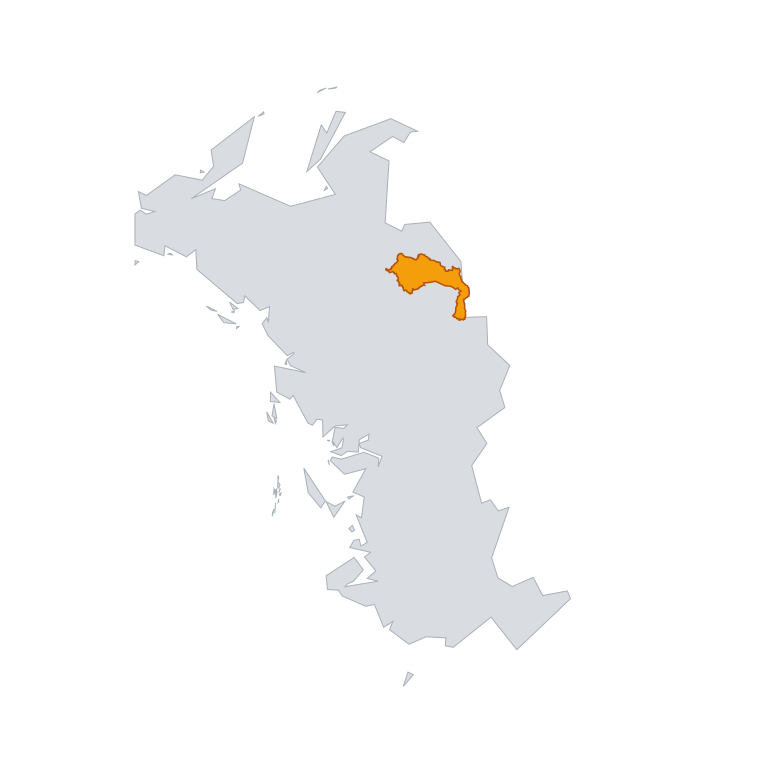 where Buryat sits in Russia, rotated 237°
{"feature_id": "RUS-2606", "entity_name": "Buryat", "entity_type": "Republic", "adm_level": 1, "iso_a3": "RUS", "parent_name": "Russia", "parent_adm1": "", "projection": "albers", "projection_center": [108.984, 53.605], "detail": "fine", "context": "in_parent", "style": "filled", "palette": "amber", "viewbox_px": 768, "rotation_deg": 237, "n_neighbors": 0, "source": "natural_earth", "source_scale": "10m", "svg_char_len": 9796}
<svg xmlns="http://www.w3.org/2000/svg" viewBox="0 0 768 768"><g transform="rotate(237 384 384)"><path d="M602.8,534.2L577.7,549.8L580.9,543.2L575.7,532.2L586.9,526.0L586.4,498.7L568.4,509.7L518.5,472.7L502.5,482.1L506.5,488.3L494.8,510.6L444.9,515.2L395.6,488.4L384.6,506.7L360.4,492.3L331.0,499.6L315.6,477.5L298.5,472.6L296.8,438.2L278.1,437.9L267.8,413.1L230.9,400.9L229.0,410.2L215.3,410.7L212.5,421.7L179.5,379.5L159.3,374.0L144.3,381.3L140.6,403.8L120.1,401.9L110.6,425.1L102.4,423.4L88.8,350.7L130.2,346.8L125.5,298.6L131.0,292.8L137.4,297.6L149.1,281.6L152.1,263.3L174.9,254.8L180.1,262.2L180.1,251.2L204.3,255.9L207.5,247.7L229.0,233.5L235.9,233.5L242.4,224.7L254.7,231.0L254.8,264.5L239.5,265.4L235.2,251.1L236.3,244.4L235.2,241.0L221.8,271.7L230.1,264.0L231.7,275.4L249.5,273.4L250.2,281.1L265.5,266.2L269.3,273.6L267.2,278.7L260.7,276.3L260.3,283.6L289.4,289.4L284.1,292.3L300.0,305.9L310.3,299.1L322.9,322.6L329.8,301.7L348.8,297.3L351.1,300.6L344.2,307.3L337.6,330.0L324.7,339.2L317.7,334.0L324.5,343.0L343.3,329.7L347.5,330.8L345.5,340.3L350.1,344.1L350.7,332.9L340.8,325.4L347.4,316.7L347.3,309.1L356.3,302.4L353.4,313.9L359.2,319.5L361.1,320.2L356.4,309.9L364.2,309.6L374.3,319.4L368.6,326.3L369.8,331.0L375.4,320.1L372.9,304.0L387.2,312.9L391.0,308.7L388.4,301.6L392.5,299.0L423.8,301.5L422.7,296.6L435.6,289.7L458.7,301.8L436.3,324.5L450.2,315.6L457.5,316.1L458.3,324.0L458.8,325.3L459.8,325.4L460.4,318.3L487.8,313.1L500.9,314.6L503.5,321.8L498.6,320.6L511.3,330.1L513.0,320.1L533.7,315.2L528.9,310.5L531.3,304.7L581.9,289.5L599.1,299.3L598.3,287.5L619.2,275.6L611.5,269.2L636.1,250.8L662.3,267.8L662.5,274.3L655.9,277.0L653.5,285.7L663.5,276.3L679.2,282.8L671.5,287.4L673.2,322.8L653.9,342.6L659.4,359.6L674.4,366.5L678.7,420.8L646.3,385.6L644.4,323.4L639.6,348.9L633.2,340.7L624.5,350.4L624.7,369.4L630.9,371.4L583.9,402.4L569.5,446.5L602.2,446.3L613.7,485.7L602.8,534.2ZM357.1,270.9L317.9,271.2L314.6,263.5L334.2,261.3L357.1,270.9ZM604.2,435.0L635.5,472.6L625.6,472.6L638.8,492.2L632.8,499.5L607.2,453.3L604.2,435.0ZM299.6,269.3L317.0,271.4L308.3,276.2L307.1,287.6L299.6,269.3ZM514.9,292.8L522.7,283.1L533.1,282.4L514.9,292.8ZM418.2,272.7L427.4,281.1L413.5,275.3L418.2,272.7ZM416.0,266.9L424.5,270.4L411.5,269.7L416.0,266.9ZM431.2,279.1L438.9,284.4L425.2,286.6L431.2,279.1ZM535.9,283.5L540.1,279.2L546.1,277.5L535.9,283.5ZM119.9,235.5L129.3,247.2L124.2,250.2L119.9,235.5ZM339.0,225.0L343.4,228.2L334.9,222.0L339.0,225.0ZM528.9,298.0L536.7,299.1L526.9,302.5L528.9,298.0ZM282.7,280.4L277.2,279.6L277.6,276.5L281.8,275.7L282.7,280.4ZM347.2,231.1L351.4,233.6L352.5,236.1L347.2,231.1ZM359.6,241.6L356.4,242.1L354.1,239.1L355.7,238.6L359.6,241.6ZM363.1,244.9L360.1,242.1L365.1,245.1L363.1,244.9ZM309.0,291.9L306.8,297.7L306.7,291.9L309.0,291.9ZM415.5,273.3L411.9,273.8L410.1,271.6L415.5,273.3ZM351.1,231.1L356.0,234.7L353.3,234.4L351.1,231.1ZM623.0,242.4L620.2,245.1L619.5,240.1L623.0,242.4ZM337.0,220.6L339.0,223.9L334.0,218.2L337.0,220.6ZM350.1,295.9L345.7,294.0L350.3,295.5L350.1,295.9ZM454.8,311.7L456.8,314.8L453.4,313.1L454.8,311.7ZM610.8,273.0L609.7,276.4L607.5,276.8L610.8,273.0ZM351.8,239.1L350.2,236.6L353.2,240.1L351.8,239.1ZM354.2,235.2L354.5,237.6L352.6,234.6L354.2,235.2ZM664.8,486.7L665.2,490.4L663.7,496.8L664.8,486.7ZM348.3,235.7L348.7,238.2L346.9,236.3L348.3,235.7ZM364.2,308.9L360.4,308.8L359.9,308.3L364.2,308.9ZM663.2,346.7L659.8,348.5L661.1,344.9L663.2,346.7ZM527.3,295.5L527.1,298.4L525.5,297.0L527.3,295.5ZM578.9,439.5L581.2,443.3L578.7,443.3L578.9,439.5ZM677.0,424.2L677.8,431.3L675.8,430.4L677.0,424.2ZM344.8,233.0L342.6,231.6L342.4,230.6L344.8,233.0ZM368.0,305.7L366.3,307.7L366.0,306.7L368.0,305.7ZM512.4,291.7L511.3,293.8L510.7,290.6L512.4,291.7ZM658.4,504.9L661.9,497.5L658.8,505.9L658.4,504.9Z" fill="#d9dde1" stroke="#a8b0b8" stroke-width="1"/><path d="M400.8,492.3L400.3,492.1L399.4,490.9L397.5,490.2L397.1,489.6L396.0,488.9L395.8,488.3L395.8,487.8L395.2,487.6L395.3,487.2L394.9,486.8L394.5,487.0L394.5,486.6L394.8,486.1L394.6,485.6L395.1,485.4L395.2,485.0L395.6,485.0L395.7,484.8L395.6,484.6L395.7,484.3L396.4,483.9L396.6,482.8L396.2,482.8L396.2,482.4L396.7,481.7L398.0,482.5L398.3,481.5L398.8,481.3L399.0,481.0L399.0,480.7L399.9,480.7L400.7,480.5L401.2,480.2L401.7,480.1L401.6,479.6L401.7,479.3L402.8,479.4L403.3,479.2L403.4,478.9L403.7,478.9L403.8,479.0L403.8,479.4L404.3,480.1L404.3,480.4L404.0,480.7L404.1,481.2L404.7,482.0L405.1,482.7L406.0,483.5L406.2,484.0L407.0,484.3L407.4,484.9L407.8,485.1L408.3,485.5L409.0,485.8L409.1,486.3L410.0,487.3L409.9,487.7L410.2,487.8L411.0,488.6L410.9,488.8L411.2,489.4L411.6,489.5L411.9,489.1L412.3,489.0L413.0,489.5L413.5,489.3L413.7,489.5L414.1,489.6L414.2,490.3L414.5,490.6L414.7,490.8L415.1,491.7L415.9,492.4L416.5,492.7L416.7,493.1L417.2,493.4L417.3,493.6L417.1,494.1L417.1,494.6L417.0,495.0L417.3,495.4L417.2,495.8L417.6,496.5L418.9,496.2L419.5,496.4L420.1,497.0L419.9,499.2L420.6,498.9L421.0,498.6L421.5,498.6L422.1,498.1L423.5,498.0L424.1,498.4L424.5,497.8L424.5,497.3L424.3,496.9L424.5,495.4L427.0,494.7L428.8,493.7L430.4,492.3L431.6,490.8L432.8,489.0L442.3,482.9L444.1,478.1L447.1,472.3L445.4,471.8L444.8,471.8L445.2,471.4L445.3,471.0L445.5,470.7L445.6,469.1L445.5,468.9L445.8,468.6L445.5,468.2L445.5,467.5L445.7,467.2L445.9,466.6L445.8,466.4L445.9,466.1L445.6,466.0L445.5,465.6L445.3,465.5L445.4,464.7L445.2,464.2L445.5,463.7L445.4,463.2L445.5,463.0L445.9,462.8L446.1,462.0L446.1,461.5L446.3,460.8L446.8,460.1L447.8,460.4L448.1,460.1L448.1,459.9L448.1,459.7L447.7,459.9L447.4,459.5L446.9,459.4L446.8,459.1L446.6,458.9L446.6,458.4L446.2,457.7L445.0,457.3L444.9,456.8L445.1,456.7L445.1,456.3L445.3,456.2L445.3,455.9L445.7,455.5L445.7,455.2L445.4,455.0L445.6,454.8L446.6,454.8L446.8,454.4L447.0,454.3L447.2,454.5L447.4,454.2L447.6,454.1L447.9,454.2L448.4,454.1L448.8,453.6L449.4,453.6L450.0,453.9L450.4,453.8L451.0,453.1L450.9,452.8L451.0,452.3L451.1,452.0L451.3,452.0L451.4,451.6L451.9,451.5L452.5,452.0L453.0,451.8L453.6,452.3L453.9,452.3L453.9,452.6L454.2,452.7L454.5,452.7L454.9,452.3L455.5,452.6L456.0,452.4L456.7,452.8L457.1,452.3L457.7,452.0L457.7,451.9L457.5,451.6L457.8,451.4L457.8,451.1L458.1,450.3L458.6,450.3L458.8,450.4L458.9,451.1L459.2,451.2L459.7,451.9L460.2,451.6L461.1,451.5L461.6,452.1L462.7,452.1L463.1,451.6L463.6,451.3L463.9,451.5L463.8,452.1L464.0,452.9L464.6,453.2L464.7,453.5L466.9,453.9L467.6,453.4L468.9,453.9L469.2,454.4L469.4,454.5L469.9,454.4L469.9,454.2L470.2,453.8L470.4,453.2L471.1,453.0L471.8,453.3L472.1,453.1L472.0,452.9L472.6,453.0L473.3,452.8L473.5,452.3L473.5,451.7L474.3,450.3L474.3,450.1L474.2,449.9L474.4,449.2L476.1,449.3L476.8,448.9L477.1,448.9L477.8,447.9L479.0,447.8L479.6,448.5L479.3,448.6L478.8,449.1L477.7,449.6L477.3,450.2L477.0,450.5L476.8,450.8L477.0,451.9L476.8,452.3L476.3,452.6L476.3,453.0L477.5,453.3L477.5,453.9L478.1,454.3L478.1,454.6L477.7,454.6L477.7,455.5L478.2,456.4L478.5,456.7L478.3,456.9L478.4,457.3L478.3,457.6L478.5,458.0L478.9,458.3L479.0,458.6L479.0,458.9L478.8,459.3L479.0,460.0L479.0,460.6L479.3,460.8L479.2,461.1L479.3,461.4L479.3,461.9L479.7,462.4L479.6,462.8L479.7,463.0L479.8,463.1L480.3,462.9L480.6,463.2L481.8,462.8L482.1,463.3L482.3,464.0L483.5,464.8L483.8,464.8L484.0,465.1L484.0,465.3L484.2,465.5L484.2,465.8L484.4,465.9L484.4,466.1L484.5,466.1L484.5,466.7L484.7,466.9L484.8,467.3L484.6,467.7L484.7,468.1L484.2,468.5L484.2,469.0L484.3,469.1L484.1,469.3L484.0,469.7L483.2,469.9L483.1,470.2L483.0,470.3L482.8,470.1L481.5,470.1L478.9,471.2L478.4,471.6L478.5,471.8L478.4,472.2L476.9,473.3L476.9,473.7L476.3,474.2L476.3,474.5L476.0,474.9L475.5,475.3L475.1,475.3L474.9,475.6L474.3,475.8L473.9,476.6L473.3,476.6L473.1,477.1L472.5,477.3L472.2,477.2L471.9,477.5L471.4,477.6L471.4,477.9L471.5,478.0L471.4,478.1L470.6,478.5L471.1,479.4L471.1,479.7L470.8,480.1L470.9,480.7L471.5,480.9L471.5,481.1L471.5,481.5L471.7,481.8L472.0,481.7L472.0,481.9L472.3,482.0L472.8,482.1L472.8,482.3L472.5,483.1L472.8,483.1L473.0,482.8L473.5,483.1L473.3,483.5L473.5,483.9L473.1,484.1L473.2,484.4L473.1,484.7L473.2,485.1L472.6,486.2L471.9,486.9L471.6,486.9L470.9,487.4L470.1,488.4L469.9,488.2L469.4,488.4L468.5,488.4L467.9,488.7L466.9,489.6L465.7,489.7L465.3,489.6L464.9,489.6L464.7,490.0L464.7,490.4L464.3,490.8L463.7,490.5L463.3,490.6L463.0,490.1L462.6,490.3L462.3,490.8L461.9,491.0L461.6,491.6L461.2,491.9L460.9,492.7L460.2,493.3L459.5,493.8L457.5,494.5L457.3,494.7L457.3,495.1L457.0,495.1L456.5,495.6L456.6,496.2L456.2,496.4L455.6,497.0L454.9,497.1L454.3,496.9L454.1,496.4L452.4,496.1L452.0,496.2L450.2,497.5L449.3,497.8L448.9,498.4L448.7,498.1L448.2,498.2L447.3,497.1L447.0,497.5L446.7,497.6L445.9,497.5L445.6,497.6L445.1,497.1L444.8,497.1L444.6,497.4L444.5,497.8L444.4,497.9L444.2,498.5L443.6,499.1L444.6,500.0L444.7,500.4L444.3,500.8L443.5,500.9L443.0,502.6L442.0,503.3L442.6,504.1L443.9,504.5L444.2,504.7L444.6,505.2L445.2,505.2L445.3,505.3L445.2,505.5L444.9,505.8L444.0,505.8L443.4,506.2L442.7,506.2L442.3,506.9L442.0,506.7L441.6,506.8L441.2,507.8L440.9,507.8L440.7,507.9L440.6,508.1L440.4,508.3L440.4,508.6L440.5,508.8L440.5,509.3L440.2,509.8L438.2,509.7L437.9,509.4L437.3,509.4L436.6,508.8L436.2,507.8L435.2,507.0L434.5,506.7L433.4,506.6L432.2,506.9L431.7,506.6L431.3,506.5L431.2,506.2L431.0,505.9L429.9,505.7L429.2,505.7L427.5,505.1L427.1,505.3L426.3,505.8L425.2,505.7L424.6,506.0L424.0,506.0L423.7,506.3L422.6,506.3L421.4,507.3L421.0,507.5L420.5,507.5L419.2,507.0L418.5,507.5L418.2,507.4L417.4,506.8L416.7,506.8L416.4,506.6L416.2,505.9L414.7,505.7L413.9,505.0L413.2,504.8L412.7,503.9L411.6,503.3L411.5,502.8L411.5,502.5L411.9,502.0L411.4,501.3L411.3,501.0L411.6,500.3L411.5,500.1L411.6,499.8L411.2,498.8L411.3,497.6L411.6,497.1L411.6,496.9L411.0,496.4L410.6,496.3L410.2,496.0L409.8,496.0L409.3,495.6L408.3,495.3L407.4,495.4L406.9,494.8L406.3,494.7L403.4,492.7L400.8,492.3Z" fill="#f59e0b" stroke="#b45309" stroke-width="1.5"/></g></svg>